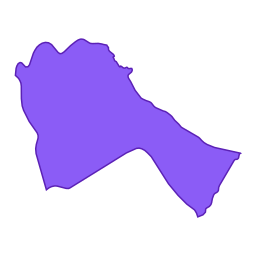 the border of Sennar
{"feature_id": "SDN-880", "entity_name": "Sennar", "entity_type": "Region", "adm_level": 1, "iso_a3": "SDN", "parent_name": "Sudan", "parent_adm1": "", "projection": "albers", "projection_center": [34.248, 12.985], "detail": "fine", "context": "isolated", "style": "filled", "palette": "violet", "viewbox_px": 256, "rotation_deg": 0, "n_neighbors": 0, "source": "natural_earth", "source_scale": "10m", "svg_char_len": 2289}
<svg xmlns="http://www.w3.org/2000/svg" viewBox="0 0 256 256"><path d="M205.6,209.9L205.5,211.4L205.4,212.2L203.0,214.8L197.8,216.9L196.5,213.1L194.9,210.4L194.3,209.7L186.8,204.1L178.1,195.4L168.5,183.8L151.3,156.7L147.5,152.8L144.8,150.4L141.8,148.8L139.1,148.1L136.4,148.4L126.4,152.9L69.8,188.0L68.4,188.5L66.1,188.4L57.2,186.1L55.0,185.9L53.3,186.2L51.6,186.6L50.0,187.3L48.7,188.0L46.4,189.8L36.1,153.6L35.7,148.7L36.3,144.5L38.1,138.0L38.1,135.5L37.2,132.9L29.2,121.5L23.6,110.3L22.2,105.9L21.4,98.7L21.3,86.1L20.9,83.1L20.1,81.1L19.1,79.2L18.1,77.9L15.4,75.4L16.1,68.4L16.8,66.1L18.2,63.6L20.1,62.5L21.7,62.9L25.5,66.9L27.9,66.8L29.5,64.8L33.4,53.2L34.9,50.3L36.9,47.2L39.4,44.9L42.2,43.2L45.4,42.4L48.6,42.8L51.6,44.6L58.1,52.5L60.0,53.7L61.9,53.4L64.2,51.8L70.6,45.6L75.5,41.7L78.1,40.0L80.2,39.2L81.3,39.1L82.3,39.2L83.5,39.4L84.4,39.8L89.5,43.0L90.5,43.4L92.6,43.6L98.3,43.4L101.9,44.0L103.6,44.5L106.8,45.1L107.3,46.1L108.2,47.2L108.4,47.4L108.4,47.8L108.5,49.4L108.7,50.0L109.1,50.7L109.9,51.6L113.3,54.3L114.0,55.3L114.2,55.8L114.3,56.2L114.1,56.5L113.8,56.6L113.4,56.7L113.2,57.1L113.2,57.5L114.0,58.8L114.3,59.9L114.7,60.6L115.1,61.1L115.8,61.4L116.3,61.7L119.0,66.1L119.7,66.8L120.1,66.8L120.6,66.1L121.0,66.2L121.8,66.7L123.2,67.8L124.2,68.1L125.1,68.0L126.5,67.3L126.9,67.3L127.4,67.5L128.1,68.4L128.8,68.6L129.6,68.6L130.5,68.4L131.3,68.4L131.8,68.5L132.0,69.1L132.2,69.6L132.2,70.4L131.9,71.2L131.6,71.9L131.0,72.5L130.4,73.0L129.8,73.5L128.6,74.5L128.2,75.1L128.0,75.9L128.1,76.8L128.3,77.6L128.6,78.3L130.7,81.7L135.1,90.3L141.1,98.1L142.8,99.1L146.1,100.6L149.1,101.6L149.9,102.0L150.8,102.5L151.7,103.4L153.8,106.1L154.3,106.6L154.9,107.1L156.0,107.8L163.3,111.0L164.2,111.2L165.5,111.6L167.4,112.8L170.5,115.2L171.9,116.5L174.7,120.3L178.7,124.1L181.0,126.9L181.9,127.6L198.4,137.2L199.6,138.2L201.7,140.5L204.0,142.6L207.1,144.5L214.6,147.5L240.5,153.2L240.6,153.3L239.6,153.8L239.3,154.0L239.3,154.4L238.8,156.5L238.7,157.3L238.4,158.2L237.6,159.0L237.0,159.3L235.5,159.4L234.8,159.7L234.1,160.5L219.6,185.2L218.7,187.4L218.5,189.7L218.3,190.7L217.6,191.7L216.8,192.4L215.1,193.3L214.3,194.0L213.7,194.9L212.4,198.4L211.6,202.7L210.9,204.6L209.4,206.4L206.5,208.1L205.8,208.8L205.6,209.6L205.6,209.9Z" fill="#8b5cf6" stroke="#5b21b6" stroke-width="1.5"/></svg>